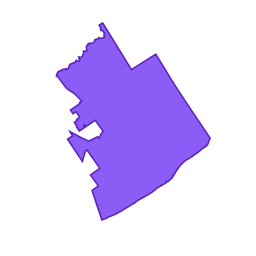 Magdalena, Buenos Aires, Argentina, rotated 104°
{"feature_id": "61730980B51096129050346", "entity_name": "Magdalena", "entity_type": "district", "adm_level": 2, "iso_a3": "ARG", "parent_name": "Argentina", "parent_adm1": "Buenos Aires", "projection": "mercator", "projection_center": [-57.557, -35.188], "detail": "fine", "context": "isolated", "style": "filled", "palette": "violet", "viewbox_px": 256, "rotation_deg": 104, "n_neighbors": 0, "source": "geoboundaries", "source_scale": "gbopen_adm2", "svg_char_len": 5323}
<svg xmlns="http://www.w3.org/2000/svg" viewBox="0 0 256 256"><g transform="rotate(104 128 128)"><path d="M223.6,131.1L223.5,130.8L222.6,129.9L221.5,128.0L220.8,127.3L220.5,126.8L219.6,126.0L219.5,125.6L218.7,125.2L218.4,124.8L218.4,124.5L218.2,124.4L218.0,124.0L217.8,123.7L217.6,123.1L216.8,122.2L216.7,121.9L216.0,121.1L215.7,120.8L215.6,120.5L214.9,119.8L214.1,118.6L213.9,118.5L213.9,118.3L213.7,118.3L213.6,118.1L213.3,117.9L213.1,117.7L212.8,117.2L212.3,117.0L212.1,116.8L211.9,116.4L211.6,116.2L211.2,115.4L210.4,114.6L209.3,113.5L207.9,112.3L207.6,112.2L207.4,111.9L207.2,111.6L207.0,111.3L206.6,111.1L206.6,110.9L206.2,110.6L205.7,110.2L205.6,109.9L205.4,109.9L205.2,109.5L204.4,108.6L203.9,108.3L203.4,107.7L203.1,107.4L202.9,107.2L202.2,106.7L201.8,106.3L201.6,106.0L201.1,105.6L201.0,105.4L200.9,105.4L200.5,104.8L200.3,104.7L200.1,104.5L199.9,104.0L199.1,103.5L199.0,103.3L198.5,103.0L198.5,102.9L198.4,102.8L198.1,102.6L197.8,102.6L197.7,102.4L197.5,102.2L197.3,102.1L197.0,101.9L196.8,101.6L196.7,101.6L196.4,101.3L196.1,101.1L195.9,101.0L195.9,100.8L195.7,100.6L195.4,100.5L195.3,100.4L195.2,100.2L195.0,99.8L194.6,99.6L194.4,99.4L194.1,99.1L193.5,98.5L193.5,98.3L193.3,98.2L193.1,98.0L193.0,97.6L192.6,97.3L192.5,97.1L192.3,97.0L192.2,97.0L192.2,96.9L191.2,96.1L191.0,95.7L190.9,95.8L190.6,95.3L190.4,95.2L189.7,94.3L189.5,94.0L189.2,93.9L188.7,93.4L188.5,93.0L188.0,92.6L187.8,92.4L187.7,92.1L186.9,91.3L186.2,90.8L185.9,90.4L185.6,90.3L185.5,90.0L185.1,89.8L184.5,89.2L184.1,88.9L184.0,88.7L183.5,88.4L183.4,88.4L183.3,88.1L183.0,88.1L182.6,87.6L182.3,87.3L182.0,87.1L181.8,87.1L181.5,86.8L180.7,86.3L179.3,85.2L179.2,85.2L178.3,84.1L177.9,83.7L177.1,83.1L177.0,82.9L176.8,82.9L176.4,82.3L176.2,82.2L175.8,81.8L175.8,81.7L175.6,81.6L175.5,81.4L175.3,81.3L175.3,81.1L174.7,80.5L174.4,80.4L174.3,80.2L173.5,79.3L173.3,79.2L172.8,78.5L172.5,78.4L172.0,77.8L171.5,77.6L171.0,77.9L170.7,77.7L170.8,77.4L170.5,77.2L170.7,76.8L170.6,76.5L170.4,76.1L170.2,76.0L170.1,75.9L168.6,75.2L168.3,74.9L167.8,74.4L167.4,74.3L166.8,73.7L166.2,73.5L165.8,73.2L165.4,73.1L164.5,72.6L163.0,72.2L162.8,72.3L162.9,72.6L162.4,72.3L161.8,72.1L160.9,71.5L159.0,71.1L156.6,70.1L156.2,70.1L155.8,69.9L154.8,69.6L151.9,68.2L151.7,68.2L150.6,67.6L149.3,66.8L148.8,66.4L148.0,66.1L147.7,65.8L147.5,65.7L147.0,65.3L146.8,65.3L146.8,65.2L146.5,64.9L146.2,64.9L146.0,64.5L145.9,64.4L145.3,64.0L144.5,63.2L144.3,63.0L144.1,62.8L143.8,62.6L143.8,62.4L143.5,62.2L142.6,61.2L142.3,60.9L142.0,60.6L141.1,59.8L140.0,58.7L139.1,57.9L138.8,57.8L137.2,56.4L136.5,55.9L135.7,55.0L135.3,54.8L135.2,54.8L135.0,54.4L134.4,54.1L133.9,53.6L132.6,52.7L132.1,52.3L130.3,51.1L130.1,50.9L129.6,50.5L128.8,49.6L128.4,49.5L128.0,48.8L127.6,48.5L127.4,48.2L126.7,47.7L125.1,46.9L124.3,46.6L123.9,46.7L123.5,46.5L123.3,46.5L122.8,46.4L122.5,46.5L122.0,46.5L121.6,46.3L120.2,46.2L120.0,46.3L119.7,46.1L119.4,46.2L118.0,45.8L87.0,80.1L74.0,94.1L49.6,118.9L70.5,138.8L32.4,177.7L32.7,178.1L32.5,178.5L32.6,178.8L33.3,179.0L33.7,179.3L33.9,179.4L34.1,179.7L34.2,180.1L34.8,180.7L35.1,180.8L35.4,180.8L35.6,180.6L35.6,180.2L35.8,179.9L36.4,179.8L38.4,178.5L39.4,178.4L39.8,178.1L39.7,177.9L39.5,177.4L39.9,176.8L40.2,175.8L41.4,174.1L41.8,173.9L42.4,173.8L43.2,173.9L43.7,173.9L44.2,173.4L45.2,172.9L45.3,172.6L45.7,172.7L45.8,172.9L45.8,173.1L45.8,173.4L46.5,174.0L46.8,174.8L47.6,175.7L47.7,176.7L47.6,177.4L47.2,177.9L47.3,178.2L47.7,178.4L48.9,178.8L49.0,179.0L49.2,179.8L49.8,180.6L50.1,181.2L50.3,181.4L50.8,181.5L51.3,181.3L52.5,181.7L54.2,182.8L54.7,183.8L54.7,185.2L55.0,185.7L55.3,186.1L55.6,186.9L55.8,186.9L56.1,186.4L56.6,186.5L56.5,187.1L56.6,187.3L56.8,187.4L57.5,187.4L57.9,187.8L58.6,188.2L59.0,187.8L59.8,187.9L60.8,187.4L61.7,187.3L62.1,187.1L62.6,186.6L63.0,186.5L63.4,187.5L64.1,188.3L64.0,189.4L64.2,189.9L64.5,189.9L65.7,189.2L66.2,189.5L67.3,189.3L67.6,189.3L68.0,189.5L68.8,189.5L69.2,189.7L70.2,190.4L71.0,190.8L71.2,191.5L71.3,192.1L71.2,192.3L70.8,192.7L70.9,192.9L71.0,193.1L71.5,192.6L71.9,192.6L72.4,192.5L72.6,192.2L73.2,191.9L73.4,191.4L73.6,191.3L74.2,191.1L74.9,191.1L75.2,191.6L75.1,192.3L75.3,193.2L75.2,193.6L74.8,194.4L74.8,194.6L75.0,194.9L75.6,195.1L76.6,195.0L76.9,195.1L77.3,195.5L77.6,195.6L77.9,196.0L77.8,196.4L78.3,196.6L78.4,197.3L78.5,197.5L78.8,198.0L79.5,198.3L79.7,199.1L80.1,199.6L80.6,199.8L81.1,199.7L81.5,199.8L82.1,200.3L82.6,200.3L83.6,200.1L84.1,200.4L84.7,200.4L85.2,200.6L85.5,200.8L85.4,201.3L85.7,201.8L85.5,202.1L86.1,202.4L85.9,203.0L85.9,203.6L86.5,204.2L86.5,204.6L86.6,204.9L87.2,205.9L87.6,206.1L88.1,206.7L88.7,206.8L88.6,207.2L89.2,207.5L89.4,207.9L89.5,208.8L89.7,209.0L90.3,209.3L90.7,209.2L90.8,209.4L91.1,209.3L91.3,209.3L91.5,209.7L91.7,209.8L92.9,210.0L93.2,210.0L93.5,209.7L94.0,210.2L94.7,210.2L96.1,207.5L104.5,197.2L108.0,187.6L112.2,180.8L112.9,179.4L115.0,181.2L115.6,180.4L119.2,183.5L124.5,188.2L127.5,184.9L124.8,182.4L129.3,177.4L132.0,179.9L132.8,179.0L135.5,181.5L139.3,177.5L139.7,177.9L141.3,176.2L141.1,176.1L142.7,174.4L137.8,170.0L136.3,171.6L135.3,170.8L136.8,169.1L128.5,161.7L137.3,151.2L139.4,152.6L143.7,153.3L145.0,153.7L143.7,155.3L150.2,163.0L148.5,171.7L145.5,183.5L149.0,179.9L153.5,184.0L171.5,164.2L160.8,163.7L159.3,162.5L173.9,145.6L182.6,153.1L191.4,142.8L197.3,147.8L211.1,139.1L223.6,131.1Z" fill="#8b5cf6" stroke="#5b21b6" stroke-width="1.5"/></g></svg>